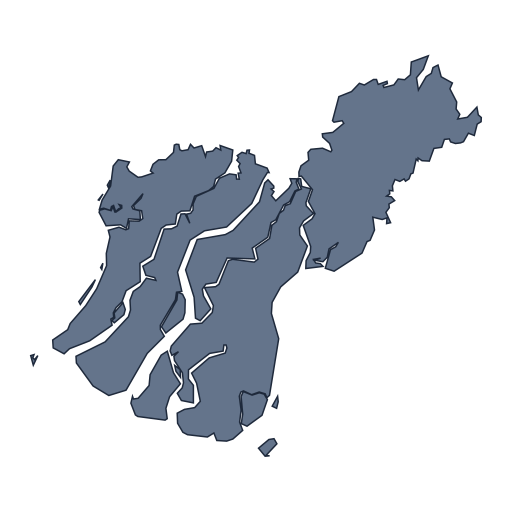 Labutta, Ayeyarwady, Myanmar
{"feature_id": "60261553B3473904040713", "entity_name": "Labutta", "entity_type": "district", "adm_level": 2, "iso_a3": "MMR", "parent_name": "Myanmar", "parent_adm1": "Ayeyarwady", "projection": "albers", "projection_center": [95.041, 16.149], "detail": "fine", "context": "isolated", "style": "filled", "palette": "slate", "viewbox_px": 512, "rotation_deg": 0, "n_neighbors": 0, "source": "geoboundaries", "source_scale": "gbopen_adm2", "svg_char_len": 6091}
<svg xmlns="http://www.w3.org/2000/svg" viewBox="0 0 512 512"><path d="M370.1,240.3L374.5,230.0L372.8,217.2L382.2,219.5L387.0,217.9L386.6,223.6L390.6,222.7L385.9,212.3L389.3,207.7L388.9,204.1L394.7,200.6L391.3,196.8L386.6,196.1L389.8,193.8L389.4,190.4L392.9,190.9L392.4,185.8L395.0,179.5L399.8,181.4L404.1,178.9L405.5,181.2L409.0,178.9L410.9,173.8L413.0,173.1L416.2,159.1L417.9,160.8L418.1,158.0L422.0,160.7L429.3,161.1L433.9,148.4L441.7,147.3L444.4,139.4L449.3,138.9L450.6,141.9L455.4,143.5L460.5,142.9L463.5,141.7L468.4,133.2L474.3,135.5L477.2,124.1L481.1,121.7L481.3,117.5L478.3,114.9L476.9,107.1L467.4,117.3L457.7,119.0L459.8,114.3L456.1,109.0L456.7,102.0L449.9,88.8L452.4,83.0L441.2,76.8L438.0,65.0L433.0,67.6L431.3,73.4L426.2,76.6L418.4,90.0L416.5,77.7L423.3,69.4L428.3,55.8L411.3,62.0L410.4,74.8L404.7,79.7L398.2,79.0L393.9,84.9L383.9,87.5L383.1,85.4L387.4,83.6L387.0,81.3L378.2,84.4L376.5,79.5L373.5,79.5L364.3,85.0L359.4,83.3L351.5,91.6L338.9,96.6L332.5,120.7L334.0,122.2L342.1,120.7L343.8,123.3L332.8,132.4L322.3,133.8L322.7,137.1L329.6,143.4L331.9,150.2L330.8,151.8L322.5,148.2L310.8,149.3L308.0,152.4L308.7,160.2L301.0,165.8L298.9,172.0L299.0,176.3L301.4,176.1L312.5,189.7L308.4,201.5L315.0,213.7L312.1,218.8L303.2,225.4L310.7,246.5L310.3,252.5L306.1,260.7L305.8,268.5L323.0,266.4L320.3,263.6L315.7,263.0L313.4,259.4L320.6,258.1L315.0,260.3L322.9,261.7L327.3,257.2L329.0,248.9L338.4,242.3L335.7,246.8L330.5,249.7L325.3,268.3L334.1,271.2L362.0,253.1L367.0,241.6L370.1,240.3ZM297.7,272.1L307.4,246.0L299.8,235.0L299.5,227.9L303.6,220.9L313.4,213.5L306.3,205.9L305.9,202.7L310.8,188.8L301.7,186.4L300.7,178.9L298.4,178.3L297.9,181.7L301.4,189.0L295.7,191.4L290.3,203.7L285.2,205.7L283.5,210.3L279.3,213.4L276.4,221.7L271.9,225.3L269.6,238.5L255.6,248.3L258.0,259.1L254.3,262.1L232.6,259.3L228.4,260.7L219.0,284.2L215.6,286.7L204.5,287.6L213.4,305.6L212.3,312.5L201.9,323.2L190.4,324.1L171.3,346.1L170.1,350.9L171.9,355.3L178.5,351.7L173.9,356.3L174.5,360.6L182.4,372.8L183.5,382.9L182.2,387.9L177.3,393.3L181.4,400.5L193.4,402.9L193.4,385.3L188.4,379.0L188.5,369.8L209.6,353.4L223.1,351.1L223.9,345.0L226.1,345.0L226.9,348.0L225.2,353.1L209.2,357.9L191.6,373.1L196.6,383.2L200.3,401.3L194.7,407.6L184.4,409.4L177.2,413.2L177.6,423.3L182.9,432.3L187.5,434.7L207.4,437.0L213.9,433.0L216.8,440.5L226.7,441.1L232.9,439.0L242.7,430.4L239.6,422.1L241.1,410.1L239.3,396.2L240.9,392.0L243.5,390.9L251.6,394.7L259.2,392.0L265.2,393.8L266.9,397.7L269.5,395.3L278.7,338.7L271.4,313.5L272.1,302.4L280.7,286.9L297.7,272.1ZM224.9,172.9L231.6,161.2L232.8,150.0L220.1,145.5L220.8,150.1L216.0,147.7L212.7,151.1L206.6,152.0L205.5,156.6L201.7,145.7L194.0,148.0L190.5,144.3L188.1,149.7L181.9,150.8L179.8,149.7L178.8,144.5L176.2,144.2L174.3,145.1L173.5,152.4L165.9,159.7L158.7,159.8L153.0,164.3L150.4,170.9L153.1,173.1L141.7,176.9L138.0,177.3L129.2,171.1L126.8,166.9L129.4,162.0L118.3,159.7L113.2,166.0L110.6,186.0L102.1,200.1L99.4,209.3L103.7,208.2L110.4,210.4L111.5,206.5L113.6,205.5L115.7,211.6L118.7,208.7L121.2,207.8L119.1,204.6L121.7,205.4L121.8,208.1L115.9,212.1L114.8,212.0L113.0,206.5L111.2,210.7L104.7,208.9L99.7,210.2L99.1,212.4L106.1,225.8L120.5,224.8L126.5,228.3L128.5,218.8L140.4,219.6L139.8,210.8L133.0,209.0L131.8,206.6L143.0,193.6L141.0,198.4L133.5,205.6L135.0,209.5L141.6,210.7L142.8,218.6L139.1,221.2L129.3,220.9L128.6,228.7L125.8,229.8L119.0,227.2L108.3,230.3L110.0,237.0L106.3,253.4L106.6,265.7L96.7,288.7L85.7,305.7L70.2,323.5L67.7,329.7L52.7,340.0L53.2,347.9L64.1,353.8L69.5,348.7L89.7,340.8L112.1,325.2L110.8,319.1L113.7,317.3L113.3,312.9L116.0,307.6L122.0,301.7L126.1,290.7L140.2,281.7L139.9,263.2L150.6,256.4L161.2,228.4L166.2,225.0L175.3,224.0L176.8,214.1L181.2,211.1L189.9,210.8L194.6,196.2L208.6,190.6L213.6,186.5L215.5,179.1L224.9,172.9ZM269.1,172.6L267.1,168.1L255.4,163.8L254.5,155.4L249.0,153.2L249.5,150.0L247.0,150.2L246.1,153.6L242.0,152.3L237.2,155.6L238.6,157.6L236.8,160.2L240.1,163.6L238.6,166.5L241.0,172.9L238.1,173.2L239.3,179.2L236.6,179.1L236.1,174.8L229.5,173.9L219.4,178.3L213.9,188.4L196.3,196.4L193.1,203.9L193.1,209.9L190.7,213.3L186.5,214.1L189.8,223.3L185.0,213.8L181.0,214.0L177.1,226.1L171.5,228.8L164.1,229.1L154.0,259.3L142.8,266.2L145.9,275.3L154.7,277.6L155.9,280.4L146.4,278.2L140.2,286.6L133.3,291.4L130.0,300.2L130.5,310.0L128.4,316.8L105.1,341.9L76.0,356.3L76.4,363.0L93.1,386.0L108.8,395.5L126.0,390.2L147.2,353.4L164.3,336.3L160.4,329.6L160.3,325.2L175.4,299.7L176.5,292.2L181.8,291.4L177.5,272.1L190.1,240.1L204.5,230.8L226.6,227.0L251.7,203.5L262.8,179.9L267.4,172.5L269.1,172.6ZM297.0,178.8L290.1,178.7L291.8,183.3L288.9,188.2L275.8,200.8L271.4,195.6L274.0,191.6L271.1,189.0L273.8,188.1L273.8,186.1L268.0,179.8L264.7,183.0L259.5,201.8L233.1,230.4L225.3,234.6L197.2,239.5L185.6,269.9L194.1,297.3L195.5,318.2L200.2,320.7L210.8,308.9L203.5,296.0L202.3,289.2L205.9,284.1L216.2,282.4L227.1,258.0L254.9,258.9L252.2,248.1L267.8,237.2L271.0,222.5L275.8,219.8L283.6,205.0L289.6,201.7L294.9,191.0L298.9,189.0L296.2,182.2L297.0,178.8ZM169.6,396.7L180.4,383.8L173.5,372.8L167.3,351.2L161.2,355.1L150.1,374.7L149.1,385.5L138.1,398.3L133.5,399.0L132.5,396.3L130.9,403.2L135.4,414.9L137.8,416.5L165.1,420.1L167.2,418.7L165.9,408.3L169.6,396.7ZM252.1,395.1L243.3,391.6L241.1,396.4L242.7,414.1L241.3,423.6L247.0,426.2L262.0,415.3L267.4,399.6L264.1,394.1L259.3,392.8L252.1,395.1ZM165.8,333.0L183.0,319.2L184.9,312.8L185.2,299.7L182.5,294.1L177.7,292.3L176.9,300.0L161.5,326.7L165.8,333.0ZM265.9,455.5L276.9,443.8L274.0,438.7L268.9,439.5L258.5,448.2L265.1,456.2L269.6,455.8L265.9,455.5ZM114.3,322.8L123.9,314.7L125.3,309.5L123.0,302.7L114.1,313.0L114.8,317.9L111.9,320.5L114.3,322.8ZM80.3,304.5L92.0,286.9L95.4,279.6L78.8,301.6L80.3,304.5ZM276.6,408.3L278.2,401.8L277.6,396.3L272.2,406.2L276.6,408.3ZM180.5,377.3L180.2,369.7L174.7,365.4L176.0,371.4L180.5,377.3ZM34.0,354.6L30.7,355.6L33.3,365.2L37.8,355.6L34.6,359.6L32.8,357.7L34.0,354.6ZM108.3,187.4L109.8,184.3L110.2,180.1L107.3,185.2L108.3,187.4ZM102.9,263.2L100.6,267.6L101.8,269.5L102.9,263.2ZM99.1,200.3L103.0,194.0L98.3,199.9L99.1,200.3Z" fill="#64748b" stroke="#1e293b" stroke-width="1.5"/></svg>